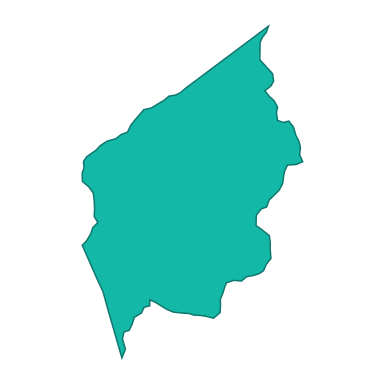 Itapororoca, Paraíba, Brazil, rotated 271°
{"feature_id": "56859067B24843901347599", "entity_name": "Itapororoca", "entity_type": "district", "adm_level": 2, "iso_a3": "BRA", "parent_name": "Brazil", "parent_adm1": "Paraíba", "projection": "orthographic", "projection_center": [-35.262, -6.812], "detail": "fine", "context": "isolated", "style": "filled", "palette": "teal", "viewbox_px": 384, "rotation_deg": 271, "n_neighbors": 0, "source": "geoboundaries", "source_scale": "gbopen_adm2", "svg_char_len": 1468}
<svg xmlns="http://www.w3.org/2000/svg" viewBox="0 0 384 384"><g transform="rotate(271 192 192)"><path d="M114.6,264.9L120.9,267.5L126.9,272.1L135.7,271.2L141.6,271.2L149.7,270.1L155.6,262.4L159.6,256.6L169.9,256.7L176.3,261.5L178.3,266.9L185.4,269.3L191.4,275.3L195.5,279.2L202.0,282.5L208.5,283.2L214.0,284.1L220.6,287.0L221.3,295.6L224.2,302.2L231.0,299.0L238.6,299.6L244.4,298.1L250.6,294.8L258.6,292.4L264.6,287.6L263.1,282.1L265.1,276.3L273.1,275.0L278.2,276.1L284.5,272.6L289.1,267.5L294.4,263.1L299.6,269.2L304.4,271.7L311.8,270.4L318.7,263.8L325.5,257.5L334.7,257.5L343.1,257.5L348.3,260.0L352.9,263.5L359.1,265.5L295.9,184.1L291.3,178.9L288.8,174.4L287.4,167.2L283.3,162.6L280.0,157.2L275.4,150.0L273.4,142.3L268.0,137.9L262.9,133.6L257.8,129.7L250.6,126.4L248.4,120.4L243.9,114.7L241.3,106.1L236.8,99.5L232.1,95.3L228.8,90.7L225.3,86.0L220.6,83.0L214.5,83.6L208.6,81.8L200.6,82.3L195.2,88.9L189.2,93.3L181.5,94.4L173.5,94.9L165.9,94.6L159.8,98.4L154.8,93.5L148.5,91.5L141.6,87.6L136.8,83.2L101.5,99.5L91.0,104.7L70.7,110.7L24.9,124.8L33.8,128.2L44.0,125.0L50.9,126.5L52.6,131.6L58.9,134.5L65.6,136.5L70.2,143.6L76.0,146.2L77.4,151.7L83.4,151.7L81.3,156.9L77.1,164.0L74.2,168.9L71.6,175.5L70.7,185.2L70.5,191.0L68.9,196.1L68.8,202.2L68.0,207.9L66.2,215.7L71.9,222.2L79.3,222.5L85.1,222.2L91.0,224.5L96.9,226.2L101.8,228.0L104.4,235.3L103.8,242.9L108.3,248.1L109.6,254.7L111.5,260.6L114.6,264.9Z" fill="#14b8a6" stroke="#0f766e" stroke-width="1.5"/></g></svg>